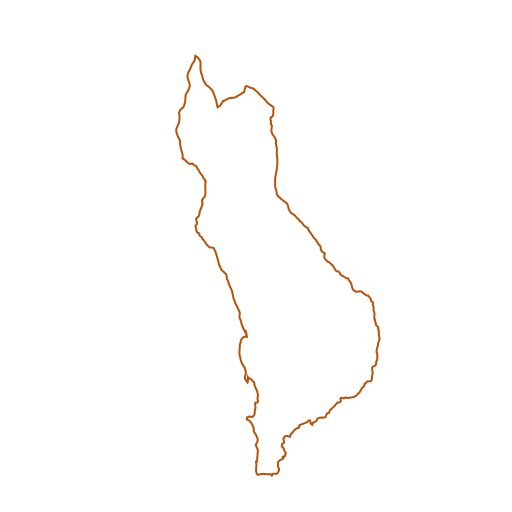 outline of Sibundoy, Putumayo, Colombia, rotated 336°
{"feature_id": "7082276B87047054998240", "entity_name": "Sibundoy", "entity_type": "district", "adm_level": 2, "iso_a3": "COL", "parent_name": "Colombia", "parent_adm1": "Putumayo", "projection": "equal_earth", "projection_center": [-76.909, 1.238], "detail": "fine", "context": "isolated", "style": "outline", "palette": "amber", "viewbox_px": 512, "rotation_deg": 336, "n_neighbors": 0, "source": "geoboundaries", "source_scale": "gbopen_adm2", "svg_char_len": 6120}
<svg xmlns="http://www.w3.org/2000/svg" viewBox="0 0 512 512"><g transform="rotate(336 256 256)"><path d="M228.5,137.1L230.0,138.8L231.2,142.2L232.2,144.0L233.0,145.1L233.8,145.3L235.3,145.4L235.6,146.3L238.0,149.9L238.1,150.9L238.1,153.2L238.6,154.4L238.7,157.5L239.6,160.6L239.7,163.5L240.2,165.0L240.2,166.7L240.5,166.9L238.4,170.8L235.4,178.0L234.1,180.2L232.0,181.6L230.3,182.3L229.4,183.0L229.1,183.7L228.7,185.5L228.1,187.0L225.1,190.2L222.8,192.2L221.2,195.0L220.4,195.9L219.3,196.5L217.0,197.3L216.5,197.7L215.9,199.2L215.7,201.4L215.4,202.3L214.4,203.2L213.2,203.6L212.8,204.2L212.4,207.0L211.7,209.2L211.9,210.7L213.3,212.2L213.3,212.7L212.8,213.8L212.8,214.6L214.1,216.8L214.0,219.0L214.6,219.9L215.7,225.8L216.7,228.6L217.3,229.4L219.0,230.2L220.5,231.4L220.7,233.1L220.5,237.8L220.0,241.7L218.8,248.7L218.8,252.7L218.8,253.9L219.1,255.4L220.3,257.9L220.7,259.3L221.2,260.0L221.2,262.1L220.7,263.0L220.6,263.9L220.1,264.8L220.3,268.0L219.9,269.3L219.8,278.2L219.7,279.2L218.2,285.6L218.1,288.6L217.9,290.0L218.2,295.7L218.2,300.9L217.8,302.0L216.0,304.9L215.7,310.3L215.2,311.9L214.9,317.0L215.3,320.8L215.2,321.4L216.0,320.8L215.9,322.2L214.8,326.2L213.5,325.3L211.3,325.0L209.5,325.8L207.9,326.9L206.9,328.6L205.0,330.6L204.2,332.6L202.1,336.4L200.9,339.0L199.6,345.7L199.5,349.2L200.2,353.2L199.6,357.5L198.9,359.3L197.6,360.9L196.7,361.7L196.1,363.3L196.1,364.1L196.8,368.2L197.2,367.9L199.4,363.5L199.5,364.7L201.0,366.0L201.6,367.1L202.1,369.1L202.8,370.7L202.8,371.4L202.1,373.4L202.0,380.3L201.2,384.0L199.4,386.7L198.8,389.3L198.2,390.2L197.5,390.4L196.0,389.7L195.3,390.0L195.0,390.7L193.9,394.3L191.9,397.1L190.5,399.5L189.7,400.6L188.7,401.1L186.8,401.5L186.2,401.2L185.0,400.0L182.2,399.8L181.1,401.4L182.8,403.6L183.7,405.7L183.9,408.0L184.0,410.5L183.8,412.5L183.1,414.1L182.7,416.0L183.2,419.2L183.2,423.0L182.9,424.5L181.1,427.0L179.2,428.0L178.8,429.6L178.9,433.4L177.7,436.2L174.9,441.2L174.2,442.9L173.3,444.1L172.5,443.8L171.3,447.2L169.1,451.3L168.5,452.8L168.2,455.4L168.5,456.4L169.1,456.9L169.7,456.8L173.1,457.5L178.2,460.3L180.0,461.0L180.7,461.6L181.1,463.0L181.4,463.0L182.1,462.1L182.7,461.8L185.3,462.8L185.9,463.3L186.4,463.5L187.3,463.1L188.9,462.0L189.9,461.1L190.4,460.0L190.4,458.1L190.7,456.6L191.9,453.7L192.5,453.1L195.2,452.2L198.0,452.3L198.5,451.7L198.5,450.5L198.8,450.3L199.9,450.4L200.1,450.8L200.6,450.9L201.4,450.3L202.2,449.0L202.8,448.6L203.1,447.8L202.8,445.6L203.0,443.1L202.9,442.1L202.1,440.4L203.3,438.4L203.7,438.2L205.6,438.0L206.0,437.2L206.5,434.5L206.9,433.9L207.9,433.1L209.0,432.6L210.2,432.6L211.2,433.0L213.2,434.8L213.6,435.0L215.4,432.8L217.0,432.5L219.1,431.2L221.7,430.3L222.8,430.0L225.2,430.4L225.6,430.0L226.6,428.4L227.1,428.2L234.4,428.6L235.7,428.3L236.9,427.8L238.2,427.9L238.5,428.1L238.5,429.1L237.8,430.6L238.2,432.1L238.7,433.1L239.3,432.5L239.8,431.6L243.9,431.4L244.4,431.1L245.2,430.1L245.9,429.6L248.2,429.7L249.4,430.1L250.4,430.1L250.8,430.7L251.6,431.1L253.9,431.4L256.8,428.7L259.1,428.9L260.5,427.2L262.8,426.3L266.9,424.9L270.4,423.1L271.3,423.1L272.3,423.7L273.5,423.6L274.5,423.1L275.0,420.9L275.6,420.3L276.3,420.3L278.2,421.7L280.3,421.7L281.2,422.3L282.0,423.1L287.6,424.5L289.5,424.5L290.7,424.3L295.3,422.6L299.3,419.6L302.3,418.7L302.6,417.8L303.1,417.0L304.3,416.9L306.0,416.0L307.2,415.9L309.4,417.0L310.1,416.9L310.9,416.6L311.8,415.7L312.4,414.1L314.9,410.6L315.2,409.8L315.6,407.9L316.6,405.4L317.4,404.7L320.4,404.6L321.4,404.0L323.0,401.4L324.1,400.3L325.0,399.1L326.9,395.0L327.0,392.9L327.7,391.4L329.3,389.2L330.8,387.7L332.3,385.1L333.6,384.0L335.5,381.4L335.8,379.1L336.2,378.5L336.3,377.6L336.6,376.6L337.6,375.0L337.8,373.0L338.2,372.3L338.2,371.5L338.7,370.8L338.6,370.1L337.8,368.8L337.7,367.9L337.7,366.9L338.2,365.7L338.2,364.0L338.7,363.1L338.7,360.7L339.7,359.2L340.2,357.8L340.7,357.1L341.2,355.5L341.3,353.0L342.6,351.0L342.8,348.2L343.8,346.8L343.7,345.5L342.9,344.0L343.2,343.0L343.3,341.3L342.3,337.8L341.4,337.4L340.3,336.2L338.1,331.8L337.4,330.9L336.5,330.4L334.7,330.1L333.4,329.6L332.1,328.5L331.3,327.1L330.9,325.2L331.8,319.4L331.6,317.9L331.2,316.9L331.0,314.0L329.7,313.2L325.7,307.7L325.6,307.1L325.5,304.9L325.2,304.0L324.8,303.4L323.6,302.9L322.9,301.6L322.4,296.8L322.1,295.7L320.6,292.0L318.9,289.8L318.2,288.0L317.8,286.3L317.9,284.8L318.5,283.5L319.9,281.9L319.6,281.0L318.2,279.0L317.9,278.1L317.9,276.3L318.6,274.2L318.7,273.1L318.4,272.4L318.4,271.7L317.9,271.0L317.2,265.5L316.1,262.7L316.0,260.8L315.5,258.8L314.5,253.6L314.6,252.4L314.8,251.7L312.9,249.1L312.0,247.0L311.6,244.4L311.1,243.2L310.3,242.1L310.2,240.7L309.8,240.0L308.7,237.2L308.0,234.7L306.5,232.4L305.4,230.2L304.9,226.8L305.7,223.3L305.6,220.6L305.1,219.3L304.2,218.0L303.7,216.8L302.6,215.0L301.7,213.1L300.9,210.9L300.1,209.7L300.2,207.8L301.0,205.3L301.3,202.4L301.9,200.0L305.2,192.6L309.2,186.9L312.9,180.8L315.3,175.0L316.9,170.2L318.5,167.0L319.2,164.9L319.7,161.7L321.2,159.2L321.4,158.0L321.4,155.9L321.3,154.7L320.6,152.0L320.6,149.3L320.9,148.1L321.7,146.4L323.5,143.6L323.2,141.4L324.4,139.4L324.7,137.2L326.0,135.3L327.8,135.3L328.7,134.5L330.0,132.6L330.6,130.8L332.1,128.4L332.4,127.0L328.9,121.0L328.2,118.9L327.9,117.0L325.0,110.0L324.5,107.9L321.4,101.6L319.5,100.2L317.4,97.7L316.0,96.7L315.1,97.1L311.7,101.5L309.3,101.5L308.1,102.0L303.7,102.3L301.5,102.7L295.3,100.9L292.9,100.9L290.5,101.3L289.5,101.2L289.0,100.9L287.9,101.9L285.7,103.1L284.3,104.2L281.5,104.5L282.0,100.9L282.7,98.9L283.4,91.5L283.5,87.0L283.3,86.6L282.8,85.0L281.8,82.4L280.0,79.4L279.5,74.6L279.8,70.7L280.3,69.5L280.3,66.5L280.5,65.5L281.3,62.6L283.9,57.0L284.4,55.0L283.6,51.0L282.0,48.5L279.9,51.8L278.0,53.5L275.4,55.0L271.6,58.7L269.3,60.4L268.0,61.8L266.8,63.3L266.1,65.2L265.7,67.5L265.6,70.2L264.9,73.3L264.2,74.3L262.8,75.9L260.7,77.8L257.8,79.7L257.0,80.6L254.3,85.8L253.3,87.2L251.2,89.6L249.9,90.7L247.6,91.2L246.3,91.9L245.0,92.7L243.9,93.9L242.9,97.4L241.9,99.5L240.8,101.5L239.6,103.2L235.2,107.2L234.2,108.8L233.5,111.4L233.3,114.6L233.5,119.0L233.2,120.6L232.2,122.8L231.5,125.4L231.0,127.7L230.3,133.0L229.5,135.5L228.5,137.1Z" fill="none" stroke="#b45309" stroke-width="2"/></g></svg>